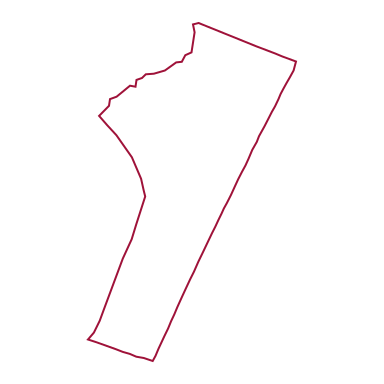 outline of Capão da Canoa, Rio Grande do Sul, Brazil
{"feature_id": "56859067B90274299514744", "entity_name": "Capão da Canoa", "entity_type": "district", "adm_level": 2, "iso_a3": "BRA", "parent_name": "Brazil", "parent_adm1": "Rio Grande do Sul", "projection": "robinson", "projection_center": [-49.997, -29.689], "detail": "fine", "context": "isolated", "style": "outline", "palette": "rose", "viewbox_px": 384, "rotation_deg": 0, "n_neighbors": 0, "source": "geoboundaries", "source_scale": "gbopen_adm2", "svg_char_len": 1091}
<svg xmlns="http://www.w3.org/2000/svg" viewBox="0 0 384 384"><path d="M296.0,61.5L282.4,56.5L275.2,53.5L256.0,46.2L198.6,23.0L193.0,24.4L194.6,32.3L191.5,52.4L185.3,55.2L181.8,61.8L176.2,62.4L164.9,70.5L153.9,73.7L145.8,74.3L142.0,78.0L136.5,79.9L135.5,86.7L130.0,85.7L116.6,96.7L110.0,99.1L109.0,105.8L99.1,115.9L107.1,125.1L116.4,135.2L131.9,157.3L141.1,178.8L143.6,190.0L145.2,196.5L136.2,224.5L131.7,239.2L122.8,258.6L104.0,309.1L99.7,320.8L93.9,332.6L88.0,339.5L95.4,341.9L115.9,349.2L122.8,351.9L129.8,353.9L136.3,356.7L143.8,358.0L152.7,361.0L155.5,355.9L158.6,348.5L161.7,341.9L164.4,336.1L168.1,328.5L171.1,321.2L174.3,314.4L177.3,307.2L182.2,296.4L185.9,288.4L190.2,279.2L194.0,271.6L198.3,261.8L203.0,252.1L207.8,242.0L212.0,233.2L215.3,226.7L218.5,219.8L221.5,213.7L223.9,208.4L226.9,203.0L231.0,194.9L235.2,185.7L238.2,179.2L242.0,171.8L245.5,165.4L248.5,158.8L252.3,149.8L256.8,141.9L259.0,136.2L264.5,126.3L268.7,118.1L271.9,111.8L275.0,106.4L278.4,99.3L280.6,94.0L283.3,88.9L286.5,83.1L289.8,77.4L293.6,70.5L296.0,61.5Z" fill="none" stroke="#9f1239" stroke-width="2"/></svg>